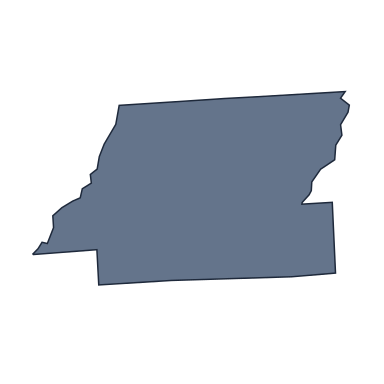 Greene, Arkansas, United States of America (Natural Earth projection), rotated 176°
{"feature_id": "52423323B73536950246469", "entity_name": "Greene", "entity_type": "district", "adm_level": 2, "iso_a3": "USA", "parent_name": "United States of America", "parent_adm1": "Arkansas", "projection": "natural_earth1", "projection_center": [-90.537, 36.116], "detail": "fine", "context": "isolated", "style": "filled", "palette": "slate", "viewbox_px": 384, "rotation_deg": 176, "n_neighbors": 0, "source": "geoboundaries", "source_scale": "gbopen_adm2", "svg_char_len": 692}
<svg xmlns="http://www.w3.org/2000/svg" viewBox="0 0 384 384"><g transform="rotate(176 192 192)"><path d="M54.5,101.1L52.8,171.9L72.9,172.1L83.2,172.2L82.8,173.9L75.4,181.0L72.9,185.0L71.8,193.7L62.1,205.8L47.4,214.2L45.3,228.7L38.5,238.2L39.1,248.8L30.8,260.7L29.0,267.7L37.3,275.2L32.2,281.5L122.9,282.5L153.5,283.0L162.1,283.0L205.7,283.2L223.1,283.3L258.6,283.5L263.3,264.8L276.2,246.0L282.0,233.8L285.0,221.5L292.2,216.6L291.8,207.9L301.2,202.9L303.9,194.0L311.5,191.3L322.8,185.5L332.5,178.0L332.6,166.1L339.9,150.7L345.1,152.3L349.5,146.2L355.0,141.3L354.6,140.7L290.9,141.1L291.5,105.8L218.7,105.2L98.7,100.5L54.5,101.1Z" fill="#64748b" stroke="#1e293b" stroke-width="1.5"/></g></svg>